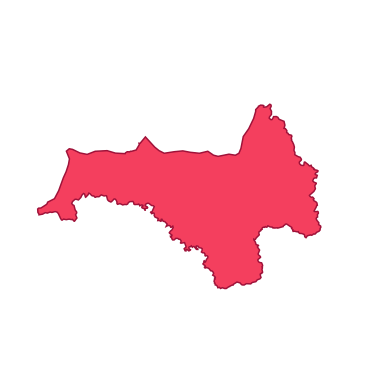 Kenieba, Kayes, Mali (Albers equal-area conic projection), rotated 311°
{"feature_id": "8926073B58532098111230", "entity_name": "Kenieba", "entity_type": "district", "adm_level": 2, "iso_a3": "MLI", "parent_name": "Mali", "parent_adm1": "Kayes", "projection": "albers", "projection_center": [-11.114, 12.792], "detail": "fine", "context": "isolated", "style": "filled", "palette": "rose", "viewbox_px": 384, "rotation_deg": 311, "n_neighbors": 0, "source": "geoboundaries", "source_scale": "gbopen_adm2", "svg_char_len": 6111}
<svg xmlns="http://www.w3.org/2000/svg" viewBox="0 0 384 384"><g transform="rotate(311 192 192)"><path d="M140.4,70.4L136.6,77.8L131.6,80.8L124.7,83.7L118.3,85.6L105.6,90.5L96.7,92.6L89.6,89.7L88.3,90.3L87.0,90.3L81.5,88.7L80.7,88.4L79.1,86.8L77.9,86.7L75.5,89.1L74.9,91.0L74.4,91.5L77.3,93.8L80.1,94.8L81.2,96.7L83.7,98.0L84.7,99.7L87.2,101.4L87.7,102.0L88.3,103.5L88.0,105.3L85.8,110.2L85.3,111.8L85.5,112.4L87.3,112.9L88.6,115.2L90.9,117.0L92.0,119.0L92.9,119.8L92.6,122.0L92.9,122.5L96.9,122.2L98.4,119.1L100.6,118.7L101.3,117.9L101.8,115.6L104.4,111.8L104.1,110.2L104.5,108.7L106.4,108.1L109.7,108.5L110.5,109.3L111.5,111.5L114.9,111.7L117.4,111.0L119.7,111.1L120.0,112.2L118.3,114.8L118.3,115.2L121.5,115.4L123.5,114.9L123.8,116.6L123.5,118.5L123.8,119.5L124.6,120.4L124.4,122.1L124.7,122.6L125.9,123.1L127.4,124.9L130.3,125.4L131.3,128.2L132.9,129.6L133.0,130.1L130.8,133.3L130.6,134.2L130.6,135.3L131.2,137.3L131.8,137.6L135.7,137.8L136.3,138.9L136.0,140.3L135.3,141.8L134.0,143.0L133.9,143.9L136.0,145.3L136.8,148.2L138.5,149.4L139.5,150.8L140.7,151.3L142.0,151.0L143.8,151.3L146.1,153.6L145.7,155.0L144.8,156.0L144.9,156.9L147.1,159.3L147.9,159.7L147.9,160.3L147.3,161.6L149.0,162.3L149.7,163.4L149.4,164.1L147.8,163.9L147.4,164.3L147.3,165.0L148.1,166.7L147.4,168.4L147.6,168.6L148.2,167.9L149.0,167.7L150.5,168.9L151.1,168.8L151.4,168.0L151.0,165.9L151.5,165.2L153.2,165.2L154.6,166.1L155.1,166.9L155.3,170.3L156.3,171.9L156.2,173.1L150.5,174.9L150.1,174.1L149.6,174.1L149.2,175.8L150.9,176.7L151.1,177.2L150.5,178.2L149.5,178.8L148.8,180.5L149.8,183.8L148.0,184.9L149.0,185.9L149.4,187.6L149.9,187.8L151.1,186.7L151.7,187.1L151.0,189.5L151.8,190.8L151.5,194.3L149.1,195.1L150.6,195.7L151.6,196.5L152.1,197.5L151.4,199.1L151.8,199.5L153.6,199.9L152.9,201.1L150.2,201.7L148.5,201.4L146.5,201.5L146.2,201.9L146.3,205.2L145.2,205.6L144.5,204.7L144.0,205.3L144.0,206.7L143.2,208.2L143.2,209.0L144.2,210.0L146.4,210.2L147.7,211.9L147.7,213.1L148.4,213.9L148.1,215.6L147.7,216.1L146.1,216.7L146.1,217.2L148.9,219.6L146.9,223.3L146.6,223.6L144.0,223.3L143.1,225.4L143.6,226.1L144.6,225.5L145.3,225.7L145.5,228.3L147.1,228.9L147.4,228.8L147.2,227.2L148.0,226.0L148.8,225.9L149.4,226.6L150.9,226.8L150.5,228.5L151.6,228.6L152.2,229.4L151.6,233.0L152.5,234.1L152.8,233.9L152.5,232.5L152.7,231.9L153.1,231.8L153.5,230.8L154.1,230.7L155.0,231.9L154.7,233.9L155.7,235.7L155.9,236.8L154.5,238.0L152.9,238.4L153.0,239.7L154.0,241.0L153.7,242.5L152.5,243.6L152.5,244.1L153.6,244.8L153.9,245.8L153.7,246.3L152.7,247.1L150.9,247.1L148.0,248.0L147.6,247.7L148.1,246.4L147.6,246.3L146.6,247.3L145.2,247.3L144.7,247.9L145.0,249.8L144.7,250.9L144.2,251.2L143.7,250.7L143.4,250.7L143.2,251.8L144.2,252.2L145.1,253.9L145.3,255.3L144.8,257.8L145.5,258.7L145.4,260.6L144.8,261.7L142.8,262.2L143.2,264.3L142.8,265.6L141.8,265.5L141.6,266.5L140.6,266.4L139.0,267.3L138.6,268.4L138.0,268.7L138.1,269.4L137.1,270.5L137.7,271.6L137.4,273.2L136.7,274.3L138.0,275.3L137.9,276.8L139.7,277.7L140.6,280.0L141.7,281.2L144.6,281.9L145.4,282.5L145.9,282.4L148.1,283.4L148.7,284.1L149.5,283.8L153.5,285.0L154.9,287.8L154.6,290.2L155.1,291.3L156.1,292.4L158.4,293.1L161.2,296.6L163.2,296.8L166.2,299.0L168.6,298.9L171.0,300.2L172.7,300.2L174.3,297.7L175.2,297.3L176.0,297.9L176.6,297.6L177.2,298.1L177.8,297.9L179.5,295.6L181.0,294.9L181.4,293.9L182.6,293.8L183.3,292.9L184.2,291.0L183.2,289.3L183.0,288.1L183.5,286.6L184.4,286.1L187.6,286.6L188.2,285.9L188.2,283.2L188.7,282.5L192.5,281.1L193.4,277.5L194.0,277.1L195.1,277.4L195.3,277.0L194.4,274.9L195.8,272.6L196.5,270.0L197.0,269.6L197.2,270.6L197.9,270.9L199.5,270.6L203.5,270.9L204.0,270.7L204.5,269.7L205.9,268.7L208.2,269.3L208.9,268.7L209.8,269.4L210.5,268.7L211.4,268.6L212.4,269.1L212.9,269.9L213.9,270.0L214.1,271.1L214.6,271.4L215.0,271.7L216.1,271.4L216.4,271.8L216.8,273.7L218.1,275.6L218.0,276.8L218.5,276.9L219.0,278.0L221.0,279.9L221.0,280.4L225.7,283.5L226.6,283.1L227.7,283.6L229.0,283.6L229.9,284.4L230.7,290.6L229.8,291.1L229.7,293.0L228.9,293.4L228.6,294.2L229.5,294.9L231.0,297.6L231.8,298.2L231.4,299.0L231.4,300.4L232.8,302.3L233.5,304.4L233.4,305.0L232.2,306.5L232.3,308.0L234.7,307.8L237.5,309.7L237.5,310.3L238.7,311.1L240.0,311.2L240.9,312.4L242.1,312.6L243.1,312.4L245.7,313.6L247.4,313.6L248.4,312.7L250.0,312.3L250.7,311.4L250.5,308.9L252.0,307.9L252.5,305.0L253.2,303.3L254.4,302.8L255.5,303.2L257.3,301.4L258.7,301.4L259.4,300.8L259.9,299.9L259.7,299.4L258.6,298.6L257.8,297.5L257.7,296.6L262.2,295.6L263.6,295.0L264.2,295.3L265.7,293.5L265.9,292.1L265.4,289.5L266.0,288.4L266.9,288.6L267.3,287.0L267.1,286.1L266.3,285.7L266.2,285.3L266.1,283.8L266.5,282.8L272.4,283.6L275.4,283.0L276.7,281.2L277.6,280.4L279.8,280.3L280.2,280.0L279.4,277.1L279.6,275.8L282.1,275.0L283.2,275.5L284.3,276.7L286.8,275.6L286.1,273.6L286.4,273.1L287.9,272.9L289.6,273.6L290.6,273.3L290.5,272.2L289.1,269.7L289.1,269.4L289.5,269.2L289.2,268.9L289.8,268.0L289.5,266.0L290.3,264.3L289.1,263.9L288.7,263.3L288.9,261.5L288.7,257.5L288.1,257.2L285.6,258.8L285.0,258.6L283.8,256.9L283.8,255.0L284.3,253.9L285.3,253.3L287.5,253.6L288.5,253.1L289.2,250.9L288.3,248.8L287.6,245.1L289.3,243.8L290.3,241.6L293.1,239.8L294.6,237.5L296.0,234.4L296.1,233.3L297.2,232.6L297.8,231.5L299.5,230.9L300.1,229.9L298.8,227.2L299.3,226.0L299.0,224.4L300.6,223.3L301.1,220.9L300.4,219.7L303.4,218.3L305.7,215.1L304.0,210.0L304.7,207.8L304.3,206.2L302.4,204.1L300.3,204.8L299.0,204.8L298.3,203.9L298.4,201.8L299.6,201.2L302.6,201.1L305.1,199.0L306.1,196.3L308.9,195.4L309.6,194.1L309.2,193.1L305.3,192.5L303.2,190.7L303.1,190.1L304.2,189.6L304.0,188.7L302.6,186.8L300.3,185.9L299.9,186.2L296.0,186.0L294.4,187.3L287.9,190.3L277.0,193.3L267.5,194.3L256.9,200.4L252.0,202.0L248.2,200.6L244.8,195.1L236.0,188.3L233.9,184.1L233.1,177.2L226.1,172.2L220.8,164.6L217.0,158.1L210.9,152.3L203.0,145.6L201.6,140.0L201.4,134.3L203.0,120.7L194.7,120.9L194.0,120.0L193.3,121.1L187.1,122.3L183.1,119.7L182.3,118.8L181.4,118.6L179.9,116.7L177.8,116.1L177.1,116.4L171.1,108.7L167.5,100.8L159.2,92.2L151.6,88.2L147.9,81.7L145.8,73.9L144.1,71.0L140.4,70.4Z" fill="#f43f5e" stroke="#9f1239" stroke-width="1.5"/></g></svg>